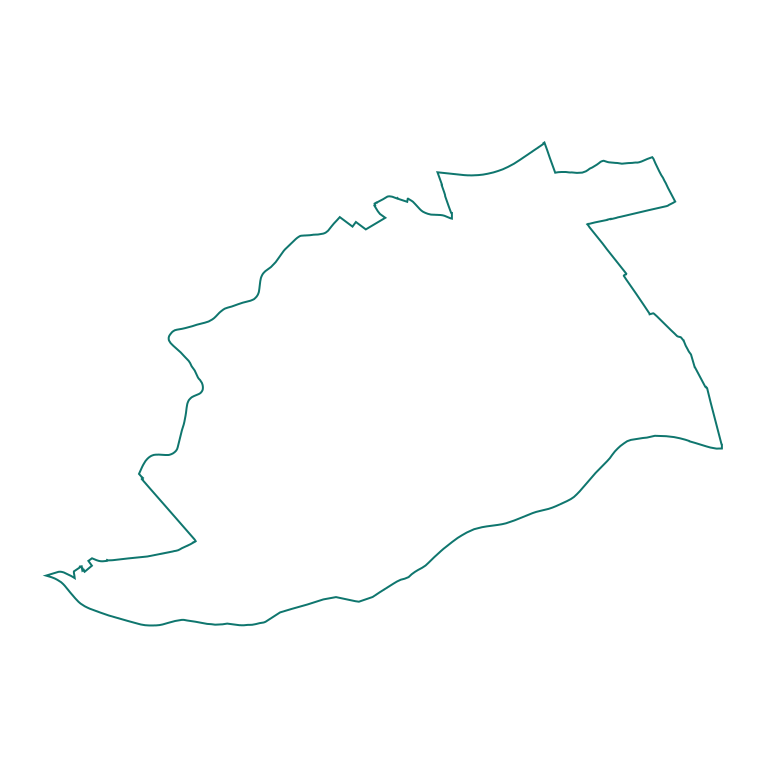 the district of Krimpenerwaard, Zuid-Holland, Netherlands
{"feature_id": "6326949B8164801118031", "entity_name": "Krimpenerwaard", "entity_type": "district", "adm_level": 2, "iso_a3": "NLD", "parent_name": "Netherlands", "parent_adm1": "Zuid-Holland", "projection": "albers", "projection_center": [4.738, 51.956], "detail": "fine", "context": "isolated", "style": "outline", "palette": "teal", "viewbox_px": 768, "rotation_deg": 0, "n_neighbors": 0, "source": "geoboundaries", "source_scale": "gbopen_adm2", "svg_char_len": 5963}
<svg xmlns="http://www.w3.org/2000/svg" viewBox="0 0 768 768"><path d="M626.3,273.7L606.7,249.0L602.8,243.8L589.6,227.4L588.3,225.4L587.3,224.3L588.1,223.9L589.0,223.9L595.0,222.4L607.3,219.9L607.3,219.7L607.6,219.6L610.9,218.8L611.1,218.8L611.1,219.1L612.5,218.8L616.2,217.9L617.7,217.4L621.0,216.7L648.6,210.2L666.7,206.1L668.0,205.6L669.0,204.9L673.0,202.9L675.2,201.6L668.0,187.9L665.8,183.2L664.4,180.7L663.0,177.8L661.3,175.2L659.2,171.2L655.4,163.3L653.5,158.9L652.9,158.0L652.5,157.5L652.4,157.5L652.2,157.2L647.5,158.9L641.5,161.5L639.0,162.3L637.2,162.6L635.9,162.5L633.8,162.7L632.3,162.9L628.0,163.1L621.9,163.7L617.4,163.0L615.4,162.9L608.9,162.3L607.5,162.0L603.8,160.8L603.3,160.8L601.4,161.4L600.5,161.9L599.0,163.1L596.8,164.7L592.2,167.5L589.8,168.6L587.8,170.1L585.9,171.3L582.3,172.6L576.9,172.9L571.7,172.4L570.5,172.5L569.0,172.4L565.9,172.0L561.5,172.0L558.2,172.2L555.2,172.7L554.3,170.2L549.8,157.8L547.1,149.9L544.4,142.5L543.4,143.2L543.6,143.8L520.2,159.7L514.0,163.7L508.0,166.9L502.8,169.3L498.0,171.0L493.5,172.4L487.9,173.7L483.0,174.6L478.2,175.1L471.8,175.4L467.3,175.3L464.1,175.1L437.5,172.3L442.0,184.8L442.0,185.1L441.7,185.2L444.1,192.0L445.0,194.8L445.1,195.3L445.1,195.7L445.2,196.3L448.7,206.3L451.1,212.8L451.9,212.9L451.9,213.5L451.9,218.6L450.3,218.2L444.5,215.8L442.6,215.3L440.3,215.0L431.0,214.6L427.8,213.8L425.4,212.9L423.1,211.8L421.4,210.6L419.8,209.1L415.3,204.2L413.0,201.8L411.6,200.8L408.1,198.7L407.9,199.0L407.7,199.0L407.2,201.8L398.7,199.0L397.5,198.1L397.3,198.6L392.5,196.8L391.6,196.6L389.5,196.3L388.4,196.4L387.4,196.6L383.1,199.2L377.2,202.3L376.9,202.3L376.7,202.8L376.3,202.6L374.6,203.6L374.8,204.3L375.1,205.0L374.8,205.1L375.0,205.6L374.5,205.8L377.8,211.2L380.0,214.0L385.3,217.8L365.8,229.4L355.9,222.0L352.5,226.6L339.8,217.1L337.2,220.0L333.9,223.5L331.5,226.4L328.1,230.7L326.0,232.4L324.7,233.1L323.3,233.6L318.1,234.5L313.6,234.7L310.0,235.2L306.8,235.4L304.4,235.5L301.7,235.7L300.8,235.8L299.7,236.2L297.4,237.7L295.7,239.1L285.0,249.4L283.7,250.9L281.4,254.1L279.0,257.5L275.7,262.1L271.0,267.0L269.8,267.9L265.4,271.1L264.1,272.4L263.2,273.4L262.4,274.6L261.9,275.6L261.4,276.7L260.9,278.1L260.3,281.0L259.9,284.2L259.4,288.4L259.1,290.5L258.8,292.2L257.9,294.6L256.7,296.5L255.5,297.8L254.1,299.1L252.7,299.8L250.5,300.7L242.7,302.7L238.2,304.2L231.8,306.5L227.8,307.6L224.9,308.6L223.1,309.7L220.8,311.5L219.4,312.7L215.8,316.5L214.0,318.2L212.2,319.5L208.6,321.5L204.8,322.7L196.9,324.7L192.3,326.2L185.2,328.1L182.1,328.8L176.9,329.7L174.7,330.3L172.8,331.5L171.9,332.3L170.2,334.4L169.4,335.6L169.0,336.5L168.7,337.7L168.7,338.2L168.7,339.0L168.9,340.2L169.3,341.0L169.8,341.8L170.7,343.2L173.3,345.8L180.7,352.4L184.4,356.4L188.7,360.9L190.1,363.0L191.6,366.2L194.7,370.5L197.8,377.2L198.3,378.0L198.6,378.5L200.2,380.2L200.9,381.4L201.8,382.7L202.5,384.6L202.8,386.1L202.9,387.6L202.8,389.1L202.5,390.2L202.1,391.0L201.5,391.9L200.4,393.1L198.9,394.0L193.9,396.1L191.8,397.2L190.6,398.2L189.2,399.7L188.7,400.4L188.0,401.9L187.4,403.5L187.1,404.9L186.6,407.9L186.0,412.8L185.5,415.9L184.4,421.7L183.7,424.6L181.9,430.3L177.7,447.3L177.1,449.1L176.1,450.7L174.7,452.1L173.1,453.3L171.5,454.1L169.5,454.8L168.4,455.0L165.3,455.0L158.8,454.6L155.7,454.7L153.9,454.9L152.7,455.3L151.4,455.8L150.2,456.5L148.8,457.5L147.3,458.9L145.5,461.0L144.4,462.8L143.1,465.0L142.1,467.0L139.0,473.9L141.1,476.3L142.7,477.8L142.1,478.1L142.7,479.0L142.0,479.3L150.0,488.5L167.0,507.9L194.6,539.5L195.7,541.2L195.2,541.6L194.1,542.1L193.6,542.1L193.3,542.3L193.5,542.5L190.3,544.3L181.7,548.3L180.0,549.3L178.2,550.2L176.0,550.8L174.1,551.1L172.6,551.5L147.3,556.5L128.4,558.4L112.7,560.2L108.2,560.4L107.0,559.9L106.8,560.2L106.8,560.9L102.5,561.3L100.4,561.2L98.4,560.8L98.5,560.8L96.6,560.2L92.0,558.3L88.4,560.9L91.9,565.7L84.6,571.8L83.9,571.0L83.8,570.6L84.0,570.2L83.7,569.7L82.4,570.7L82.3,570.2L82.7,569.8L82.4,568.4L82.0,568.5L81.7,566.3L80.1,566.5L80.2,566.9L79.9,567.0L80.0,567.3L73.9,571.4L73.9,572.9L74.3,575.1L74.7,578.1L71.4,576.1L63.7,572.4L61.7,571.9L60.2,571.7L58.6,571.8L46.1,575.6L51.5,577.2L54.8,578.5L57.3,579.8L61.1,582.2L63.2,584.1L64.7,585.7L70.4,592.7L75.2,598.3L78.5,601.8L80.6,603.6L84.8,606.3L87.4,607.6L89.8,608.7L100.4,612.6L108.8,615.5L128.0,621.0L137.9,623.7L140.9,624.5L145.1,625.2L149.7,625.5L156.0,625.4L159.3,625.1L162.5,624.5L168.8,622.7L175.1,621.0L181.6,619.9L184.0,619.9L187.2,620.5L195.3,621.7L207.2,623.9L211.5,624.2L215.2,624.7L222.6,624.3L227.2,623.6L239.5,625.2L243.5,625.3L247.6,624.9L252.0,624.8L255.8,624.1L259.8,623.1L263.7,622.5L265.5,621.8L280.1,612.4L291.4,609.0L307.4,604.5L323.4,599.4L336.0,597.1L355.4,601.2L358.9,601.7L372.6,597.0L380.0,592.1L393.5,583.6L397.0,581.5L400.8,579.7L404.7,578.7L408.6,577.1L411.6,574.3L414.9,571.9L418.0,570.0L422.1,567.8L425.6,565.5L428.6,562.7L434.1,557.3L440.9,551.1L443.4,548.9L452.4,541.8L457.7,537.9L461.9,535.3L466.8,532.5L474.1,529.2L482.0,527.2L486.7,526.4L497.9,524.9L502.1,524.2L506.0,523.3L514.5,520.4L532.6,513.1L536.2,511.9L540.6,510.8L548.5,508.9L552.4,507.6L556.1,506.1L566.8,501.2L570.8,499.1L573.9,497.0L576.9,494.2L579.7,491.3L595.7,472.8L607.2,461.1L609.9,458.1L612.1,455.0L614.9,451.4L617.7,448.5L620.4,446.0L623.9,443.4L627.2,441.2L630.9,439.9L642.9,438.0L646.9,437.6L654.9,435.8L666.2,436.2L674.1,437.1L680.0,438.3L685.3,439.7L689.3,441.0L689.4,441.3L694.7,442.8L706.4,446.4L710.3,447.5L716.4,448.6L721.9,448.5L721.9,444.8L721.7,444.8L721.4,443.8L710.6,402.3L707.1,388.1L706.3,387.2L706.1,387.5L705.3,386.8L694.9,367.2L694.7,367.2L691.0,354.5L688.8,351.5L687.5,349.0L685.7,345.7L684.0,341.5L683.6,340.9L683.7,340.4L683.0,339.9L681.4,337.9L680.7,337.2L678.2,336.6L677.5,336.3L677.0,336.0L674.4,333.4L670.9,330.1L657.1,316.5L654.9,314.5L654.0,313.7L653.2,313.3L649.6,314.3L649.4,313.6L649.5,313.5L648.4,312.0L648.3,311.8L643.7,304.9L636.1,293.7L626.3,279.6L623.8,275.8L623.9,275.5L624.4,275.2L624.6,274.9L626.1,274.3L626.3,273.7Z" fill="none" stroke="#0f766e" stroke-width="2"/></svg>